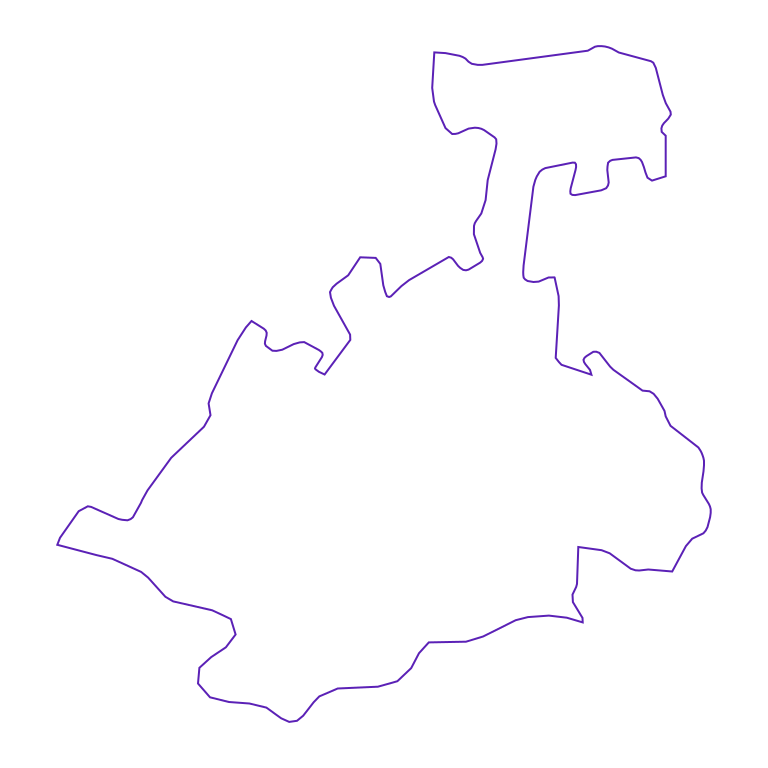 the Republic of North Ossetia
{"feature_id": "RUS-2305", "entity_name": "North Ossetia", "entity_type": "Republic", "adm_level": 1, "iso_a3": "RUS", "parent_name": "Russia", "parent_adm1": "", "projection": "natural_earth1", "projection_center": [44.363, 43.191], "detail": "fine", "context": "isolated", "style": "outline", "palette": "violet", "viewbox_px": 768, "rotation_deg": 0, "n_neighbors": 0, "source": "natural_earth", "source_scale": "10m", "svg_char_len": 3387}
<svg xmlns="http://www.w3.org/2000/svg" viewBox="0 0 768 768"><path d="M289.2,721.9L281.2,718.3L275.9,714.5L266.4,707.6L249.4,703.5L228.9,702.0L210.0,697.3L198.0,683.5L199.4,667.8L211.2,657.1L225.9,647.3L235.6,634.5L230.9,619.1L223.4,615.5L212.2,610.3L173.2,601.4L165.4,596.8L148.1,577.6L141.1,571.9L112.3,558.8L96.5,555.1L57.3,544.8L60.0,537.8L78.7,511.2L87.8,506.3L91.1,506.9L118.4,519.0L122.2,519.8L127.5,520.3L130.6,519.1L132.9,517.3L141.0,502.8L142.1,500.1L147.5,490.4L171.2,457.8L204.0,426.7L210.5,415.2L208.6,403.4L211.9,393.3L237.6,340.2L245.9,327.4L251.5,321.0L263.8,328.7L265.7,330.5L266.7,332.8L266.5,335.6L265.1,341.2L264.9,343.7L265.9,345.9L272.4,350.7L276.5,350.9L282.3,349.7L293.7,344.1L299.7,342.4L304.2,342.1L318.9,350.0L320.7,351.3L322.3,352.8L322.7,354.9L321.9,357.1L315.3,367.5L315.0,368.5L315.5,369.3L318.9,371.8L324.6,374.5L350.3,339.9L350.1,334.6L334.0,305.8L330.9,297.7L330.0,292.1L331.3,289.6L332.7,287.3L336.6,283.7L348.2,275.3L360.2,257.3L375.7,257.9L380.3,263.9L383.3,285.3L385.2,291.9L386.9,296.2L389.1,297.0L390.8,296.4L401.4,286.1L409.1,280.1L448.8,257.0L451.2,257.7L453.1,259.3L458.0,265.8L460.2,267.9L463.2,269.9L466.0,270.3L468.6,269.6L480.2,262.6L482.1,260.9L483.1,258.8L482.6,257.2L480.2,252.9L473.9,234.2L474.0,225.9L474.8,223.2L476.2,220.8L481.3,213.5L485.6,200.1L487.7,180.1L495.6,149.3L496.5,143.6L496.2,139.3L494.6,137.4L484.1,130.1L481.4,128.8L478.4,128.0L474.9,127.7L468.6,128.6L458.2,133.3L455.4,133.9L452.2,134.0L445.5,128.1L435.2,105.1L434.0,101.6L432.2,87.9L434.3,52.4L445.5,53.1L459.5,55.8L462.7,57.0L465.5,58.6L468.5,61.7L471.8,63.8L477.9,64.9L482.1,64.9L587.8,50.7L595.0,46.7L598.0,46.1L601.4,46.1L605.0,46.5L608.6,47.4L612.0,48.7L618.8,52.5L650.9,61.2L653.3,62.7L655.8,67.9L662.8,94.9L665.8,103.2L670.5,111.7L670.8,114.6L668.3,118.6L663.8,123.3L662.2,125.7L661.4,128.4L661.7,131.9L665.7,135.7L665.7,176.3L652.0,180.6L647.5,177.7L645.5,172.5L643.9,167.1L642.0,162.0L640.6,159.8L638.7,158.1L636.0,157.4L612.5,159.9L610.2,160.8L608.1,162.7L607.5,166.6L607.3,170.0L608.7,182.5L608.0,185.5L606.2,188.2L601.3,190.3L575.1,195.1L572.3,194.9L570.5,193.7L570.3,191.2L570.7,188.3L575.5,170.1L576.1,167.0L576.0,164.3L574.9,162.7L572.6,162.6L545.3,168.1L542.3,169.6L539.6,171.8L536.8,176.4L535.3,179.9L533.4,186.7L523.6,265.4L523.2,272.1L523.3,275.1L523.7,277.7L525.1,279.4L527.6,281.0L533.5,282.0L538.7,281.6L548.5,277.5L554.5,277.4L554.6,277.5L558.6,296.1L558.9,305.4L555.7,357.9L558.9,362.0L561.5,364.8L591.4,374.7L590.0,369.9L585.3,364.1L584.0,362.0L583.5,359.8L584.6,357.7L586.5,356.1L593.3,351.8L596.2,351.7L599.4,352.9L610.1,366.6L613.4,369.8L642.5,390.6L649.6,391.3L653.6,393.8L657.7,398.8L664.5,410.9L665.7,416.4L670.5,425.8L698.4,447.5L700.5,450.7L701.5,452.6L702.5,455.1L703.4,457.8L704.0,460.7L704.0,465.3L703.5,471.3L701.8,482.6L701.6,488.3L702.1,492.6L703.3,495.0L708.9,504.0L710.0,506.5L710.7,509.2L710.7,512.9L710.1,517.2L707.5,527.1L705.7,530.6L703.4,533.3L692.2,538.7L685.9,546.1L672.2,571.5L648.3,569.5L639.3,570.5L635.5,570.3L630.7,568.7L609.7,553.3L601.6,550.2L578.3,547.0L577.0,583.9L576.2,586.9L572.5,594.6L572.9,602.1L582.5,617.9L582.7,622.4L566.8,617.7L548.9,615.6L527.9,617.1L515.7,620.2L483.1,636.5L466.0,641.7L428.8,642.4L419.0,653.2L411.2,668.1L403.3,675.6L397.4,681.2L392.6,682.6L377.9,686.7L337.7,688.5L319.3,696.4L313.7,702.2L303.2,715.7L297.0,720.8L289.2,721.9Z" fill="none" stroke="#5b21b6" stroke-width="2"/></svg>